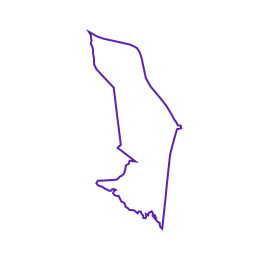 outline of Lago do Junco, Maranhão, Brazil, rotated 137°
{"feature_id": "56859067B31771751131713", "entity_name": "Lago do Junco", "entity_type": "district", "adm_level": 2, "iso_a3": "BRA", "parent_name": "Brazil", "parent_adm1": "Maranhão", "projection": "equal_earth", "projection_center": [-44.941, -4.533], "detail": "fine", "context": "isolated", "style": "outline", "palette": "violet", "viewbox_px": 256, "rotation_deg": 137, "n_neighbors": 0, "source": "geoboundaries", "source_scale": "gbopen_adm2", "svg_char_len": 1531}
<svg xmlns="http://www.w3.org/2000/svg" viewBox="0 0 256 256"><g transform="rotate(137 128 128)"><path d="M87.9,93.6L89.7,96.2L88.8,98.8L88.4,102.8L87.2,106.8L84.8,118.0L84.1,126.3L83.9,129.2L83.2,142.9L81.0,152.2L73.4,164.9L71.4,168.0L70.6,169.5L69.4,171.9L68.0,175.0L66.9,180.2L68.0,183.5L69.6,187.6L73.7,193.6L85.3,210.5L88.2,216.1L91.0,225.0L91.5,222.6L92.4,220.6L93.8,218.8L94.9,216.9L96.6,215.9L98.0,214.6L98.4,212.2L99.7,210.1L100.6,208.5L101.9,207.5L102.8,206.1L104.0,204.4L105.2,202.3L106.8,200.5L109.4,197.6L111.0,192.6L111.0,181.1L111.0,178.1L110.9,167.3L118.0,157.5L129.3,142.0L131.5,138.9L142.2,124.1L144.9,120.4L147.1,120.8L149.2,120.5L148.6,117.4L146.6,105.8L145.4,98.4L149.2,103.0L152.1,101.2L153.8,101.9L155.3,101.8L159.1,99.0L161.7,97.6L164.1,97.2L165.7,97.6L167.3,98.0L169.4,97.8L171.6,98.0L176.0,101.5L184.4,108.5L186.0,110.0L188.8,109.2L189.1,106.6L187.0,102.6L186.2,99.4L184.6,94.9L183.4,93.8L181.4,94.0L179.7,92.6L179.2,90.9L181.3,91.5L183.4,90.5L183.6,88.3L182.8,86.3L181.2,84.8L182.0,82.2L183.0,78.9L181.9,75.9L182.4,74.0L183.5,71.9L182.8,69.3L182.8,66.9L180.8,65.0L179.5,63.3L179.4,61.4L179.2,59.1L177.1,59.6L175.7,58.2L176.6,56.2L176.7,53.5L178.1,51.9L176.7,50.0L174.7,51.1L173.6,52.8L172.8,50.4L171.2,51.7L169.6,51.4L167.5,50.9L167.8,48.8L169.2,47.6L167.8,46.0L168.8,43.5L170.0,45.1L170.1,42.0L170.3,38.9L169.6,36.9L170.7,35.8L171.9,33.3L171.7,31.0L150.0,49.7L137.2,61.0L117.4,78.1L115.6,79.7L102.9,87.8L93.0,93.7L91.0,92.5L89.2,91.5L87.9,93.6Z" fill="none" stroke="#5b21b6" stroke-width="2"/></g></svg>